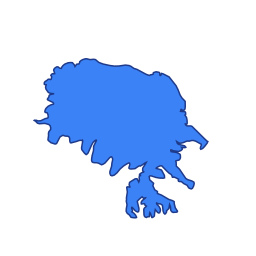 the border of Iceland, rotated 225°
{"feature_id": "ISL", "entity_name": "Iceland", "entity_type": "country or territory", "adm_level": 0, "iso_a3": "ISL", "parent_name": "Europe", "parent_adm1": "", "projection": "orthographic", "projection_center": [-19.868, 64.966], "detail": "fine", "context": "isolated", "style": "filled", "palette": "blue", "viewbox_px": 256, "rotation_deg": 225, "n_neighbors": 0, "source": "natural_earth", "source_scale": "50m", "svg_char_len": 5145}
<svg xmlns="http://www.w3.org/2000/svg" viewBox="0 0 256 256"><g transform="rotate(225 128 128)"><path d="M184.5,74.5L186.4,74.5L189.4,72.9L190.6,71.9L193.6,68.4L195.4,67.4L198.3,67.4L199.7,67.0L199.7,67.3L198.1,68.8L196.7,69.3L194.8,71.5L193.2,76.0L191.9,78.2L192.0,79.2L193.9,80.8L195.9,81.6L197.6,80.5L198.4,80.8L199.2,82.0L199.7,83.2L199.9,84.5L199.8,87.1L198.9,89.8L197.6,92.1L197.9,92.7L199.1,93.0L204.6,91.1L205.2,91.2L205.6,91.8L205.7,93.1L206.1,94.3L206.8,95.3L206.7,96.4L204.5,100.0L207.3,97.6L209.5,96.8L213.5,97.5L215.2,98.6L216.4,100.7L217.7,99.8L218.3,99.8L219.3,101.0L219.5,102.3L219.0,104.2L218.9,106.0L218.3,106.8L217.1,107.4L216.8,108.0L217.5,109.3L218.4,110.5L219.6,110.5L219.9,111.0L220.0,111.8L219.9,112.6L219.6,113.2L219.0,113.6L218.3,114.6L221.5,116.4L221.9,117.1L222.1,118.2L222.0,119.4L221.6,120.8L220.8,121.7L218.6,122.0L217.3,123.0L217.9,124.4L218.1,126.2L217.9,128.4L216.5,131.7L215.0,133.6L213.5,134.9L210.6,134.7L209.0,134.0L209.4,136.8L208.0,138.6L208.4,140.0L209.0,140.7L208.9,142.6L208.3,144.5L207.2,146.6L205.9,147.9L203.1,149.6L200.9,152.3L199.3,153.4L195.1,153.7L190.9,155.6L185.1,159.3L181.2,162.3L178.2,165.5L174.3,170.7L171.3,173.0L169.5,173.7L166.0,174.3L163.1,175.8L153.4,178.7L150.1,180.2L149.7,181.5L148.4,183.4L148.3,184.1L149.0,184.6L149.1,185.3L147.9,187.6L145.5,189.3L144.4,189.3L142.9,187.9L142.3,188.0L142.1,188.2L142.1,188.6L142.9,190.3L141.5,191.1L135.1,193.2L124.0,191.9L119.6,190.4L114.3,188.1L111.1,187.4L106.5,187.3L102.9,183.9L101.2,181.8L101.0,180.9L101.2,179.9L101.6,179.3L102.2,178.9L103.4,178.9L103.6,178.6L102.7,176.9L101.8,177.5L99.4,179.8L98.3,179.7L96.9,178.5L96.9,177.4L94.2,176.9L91.9,175.4L89.6,173.3L89.2,172.6L90.4,171.4L90.2,171.2L89.3,171.0L87.6,171.3L85.0,173.9L83.9,174.4L67.1,174.5L62.8,174.6L62.0,174.9L61.3,173.2L60.8,169.4L60.7,167.0L60.9,165.8L61.5,164.4L62.4,164.7L63.2,165.8L63.9,167.5L64.8,168.3L70.7,166.6L73.1,165.3L74.2,164.1L75.4,162.0L76.7,160.9L77.3,159.9L78.6,156.7L79.5,155.2L80.4,154.1L81.6,153.4L84.1,152.9L82.5,152.1L80.9,152.1L75.4,155.4L73.5,155.3L73.6,154.8L74.4,153.8L76.4,152.2L75.1,152.0L74.6,151.3L74.6,149.6L75.6,147.1L80.1,143.8L81.7,143.3L82.2,142.7L81.6,142.1L80.7,141.8L76.2,145.1L72.9,146.2L72.0,146.0L70.3,144.5L69.8,143.9L69.2,142.3L69.3,141.4L70.9,138.7L70.7,138.2L69.7,137.8L66.9,135.2L62.5,135.3L51.6,133.2L49.3,133.7L45.4,135.7L43.1,136.3L42.1,135.7L41.2,134.5L40.4,132.9L39.8,130.9L40.2,129.6L41.7,128.9L42.8,128.6L45.7,129.3L49.4,128.1L51.8,127.9L52.4,127.8L53.9,126.4L54.6,126.1L55.6,126.6L56.0,127.6L59.8,126.3L61.1,125.6L61.2,125.1L61.8,124.6L63.6,125.5L65.0,125.6L66.9,125.1L70.1,125.0L77.4,125.1L78.5,123.9L79.0,122.8L79.8,120.0L79.5,119.4L74.9,121.9L73.9,121.8L68.7,120.2L66.9,118.6L67.6,117.4L70.4,114.8L73.3,112.8L77.6,110.6L78.6,109.7L78.7,108.7L76.0,106.7L70.8,107.0L69.5,104.7L65.3,103.2L62.3,103.9L60.9,102.5L57.0,104.2L48.6,106.4L45.2,108.1L43.4,108.6L41.5,107.0L38.1,105.0L34.2,104.2L33.9,103.1L36.4,100.2L38.0,99.7L39.6,100.1L42.5,102.5L44.5,103.3L42.1,99.9L42.2,98.7L42.2,96.8L41.4,96.0L40.8,93.9L41.1,93.2L42.2,93.1L44.2,93.9L49.0,97.7L51.4,97.3L52.8,96.0L54.7,95.2L54.2,94.6L50.0,94.3L47.7,93.5L46.6,92.4L45.7,90.5L46.1,89.7L47.3,89.2L51.0,89.6L48.8,86.4L47.2,84.5L47.1,83.7L47.3,82.6L47.5,81.9L47.9,81.6L51.9,83.6L52.8,83.7L52.1,82.5L50.3,80.7L50.3,80.1L51.1,79.6L51.5,78.7L51.6,77.9L52.9,77.2L54.2,77.3L55.4,78.0L59.2,81.5L59.7,82.5L59.8,83.7L59.6,85.2L59.7,85.8L61.3,85.4L62.5,86.1L63.1,85.9L64.8,83.7L65.8,84.3L66.4,85.4L66.6,86.4L66.6,87.7L66.2,90.5L66.3,90.9L67.4,89.3L69.3,89.3L69.5,88.5L69.7,85.6L69.7,83.2L69.5,82.6L63.6,79.0L62.6,78.1L61.4,76.4L61.7,75.5L62.9,74.9L64.7,74.6L68.7,74.9L69.2,74.5L68.4,73.6L66.5,72.9L66.1,72.4L66.0,71.4L63.7,71.9L61.2,71.8L58.8,71.0L58.8,70.3L59.8,69.2L61.9,67.5L62.8,67.0L65.5,67.5L68.2,67.1L70.4,67.8L72.1,69.7L74.4,73.0L77.7,75.2L78.0,75.9L79.8,77.6L83.2,82.3L86.8,85.0L87.0,85.7L86.3,86.5L84.9,87.4L85.2,87.9L87.0,88.6L88.3,90.4L88.4,91.2L87.1,96.8L86.4,97.9L85.6,98.5L82.2,97.4L83.0,99.2L85.4,101.1L85.9,102.2L85.5,103.2L85.8,103.4L86.7,102.9L87.1,103.5L86.9,105.2L86.5,106.7L85.8,107.8L86.0,108.3L87.0,108.1L87.9,108.5L89.2,110.1L90.3,114.9L90.8,116.5L91.3,115.1L91.9,111.6L92.4,109.8L92.8,109.7L93.2,109.2L93.6,108.1L94.3,104.2L96.7,101.3L97.8,100.4L98.8,100.2L99.3,100.6L101.0,103.7L102.1,104.2L102.6,104.1L103.4,102.0L104.3,98.0L104.6,93.5L104.1,88.5L104.4,85.0L105.5,82.9L106.9,82.3L108.7,83.1L110.0,84.4L112.5,89.3L114.6,91.9L116.3,94.6L117.3,95.5L119.0,96.0L119.5,95.8L119.8,95.1L120.0,94.0L119.5,87.0L120.0,84.8L120.7,83.3L123.9,82.3L125.6,81.3L127.2,79.7L128.6,78.8L129.6,78.7L130.8,79.3L132.0,80.6L133.9,83.2L136.4,87.6L139.4,90.8L141.2,96.0L141.5,96.9L141.9,97.0L142.3,96.3L142.5,95.3L142.5,93.0L141.6,89.9L138.6,82.2L138.5,80.8L138.8,79.6L140.8,79.4L145.3,80.0L146.8,81.1L150.1,85.8L151.0,86.9L151.6,87.2L151.7,86.6L152.9,85.7L153.7,84.6L155.0,81.9L157.8,77.1L158.4,76.9L159.3,77.2L160.9,78.4L161.7,79.3L163.2,80.0L164.7,79.7L166.7,77.9L168.9,76.8L169.6,74.4L169.7,73.4L167.5,66.5L168.2,65.1L172.1,63.1L175.6,62.8L176.4,63.2L178.8,66.4L180.5,68.0L181.3,69.3L181.7,72.3L182.7,73.4L184.5,74.5Z" fill="#3b82f6" stroke="#1e3a8a" stroke-width="1.5"/></g></svg>